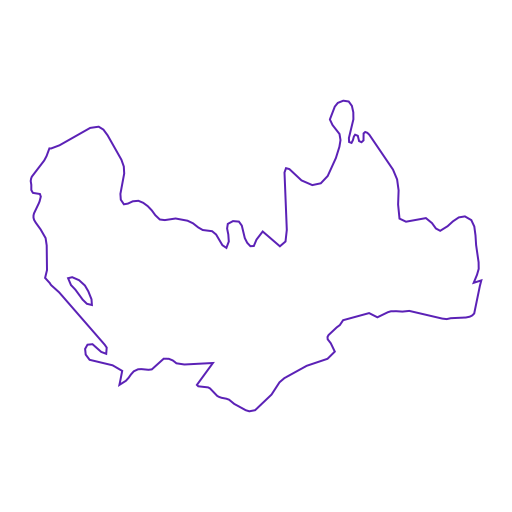 SVG path tracing the border of Namangan
{"feature_id": "UZB-365", "entity_name": "Namangan", "entity_type": "Region", "adm_level": 1, "iso_a3": "UZB", "parent_name": "Uzbekistan", "parent_adm1": "", "projection": "albers", "projection_center": [71.207, 41.083], "detail": "fine", "context": "isolated", "style": "outline", "palette": "violet", "viewbox_px": 512, "rotation_deg": 0, "n_neighbors": 0, "source": "natural_earth", "source_scale": "10m", "svg_char_len": 2669}
<svg xmlns="http://www.w3.org/2000/svg" viewBox="0 0 512 512"><path d="M49.4,148.4L51.0,148.5L59.5,145.3L90.2,127.9L98.7,126.7L103.4,129.6L107.6,135.3L121.4,159.7L123.8,166.5L124.2,173.5L120.4,193.9L120.8,199.7L123.9,204.3L127.9,203.6L132.8,201.3L138.4,200.8L143.2,202.8L147.7,206.1L151.8,210.4L155.3,215.2L159.8,219.5L164.8,220.1L175.6,218.5L187.5,220.7L193.0,223.3L198.2,227.4L202.7,230.0L212.1,231.2L216.1,234.5L222.4,245.2L226.4,247.9L228.8,241.5L228.3,234.5L227.1,228.5L227.8,223.9L233.0,221.1L238.9,221.6L241.8,225.6L244.8,238.1L247.2,242.8L250.4,246.2L253.8,246.0L256.5,239.6L262.7,231.5L279.9,246.3L285.5,241.5L286.8,229.9L284.5,172.5L286.0,168.2L289.4,169.1L301.5,180.4L312.3,185.1L320.8,183.3L327.7,176.0L335.9,158.0L339.4,146.8L340.5,140.1L339.5,134.0L332.5,125.0L329.9,119.5L329.9,119.4L334.8,106.6L337.8,102.9L343.3,100.7L348.7,101.5L351.9,105.9L353.3,112.3L353.4,119.3L348.9,138.0L349.1,142.0L351.5,142.9L352.9,140.2L353.9,136.5L355.1,134.7L357.8,135.8L359.1,141.1L361.5,142.2L363.5,140.4L363.6,133.4L365.2,132.0L367.3,132.8L369.3,134.7L393.0,169.6L397.1,179.4L398.6,190.4L398.1,204.5L399.5,218.6L406.0,221.7L425.9,218.1L432.0,223.1L435.9,228.5L440.2,230.8L447.6,226.2L453.0,221.3L458.8,217.4L464.9,216.4L471.3,220.1L474.3,226.5L475.5,235.5L476.1,245.0L478.6,262.3L478.7,268.9L477.0,274.8L473.7,282.8L481.3,280.4L479.9,285.8L474.2,313.5L472.3,315.4L471.2,316.0L469.7,316.7L465.9,317.5L450.8,318.2L446.7,319.1L442.3,318.6L409.3,310.9L402.4,311.6L396.3,311.2L390.8,311.3L387.9,312.2L377.4,317.3L369.1,313.1L343.1,320.2L339.8,325.1L336.7,327.4L328.5,335.1L327.5,337.0L327.7,339.3L330.8,343.3L334.8,351.6L327.5,358.8L306.7,365.8L284.4,378.1L279.5,382.3L271.5,394.6L255.1,410.2L249.3,411.3L245.7,410.2L234.2,403.9L229.1,399.7L226.3,398.7L221.6,397.8L219.0,396.9L217.2,395.9L210.0,388.4L208.1,387.4L198.3,386.3L196.9,384.9L212.9,363.0L184.4,364.5L176.4,363.3L174.7,361.9L172.7,360.4L168.8,358.8L163.7,358.7L151.8,369.4L148.5,369.8L141.4,369.1L138.0,369.3L133.8,371.3L131.0,374.4L128.6,377.8L125.9,380.8L119.4,384.9L120.0,382.1L122.2,370.9L112.6,365.3L89.6,359.8L85.7,354.6L85.1,348.9L87.5,344.7L92.5,344.2L101.2,351.9L106.2,353.8L106.7,347.6L104.7,344.7L59.1,292.3L51.3,285.3L50.5,284.3L49.9,283.2L45.1,277.9L47.0,270.1L46.7,245.5L45.6,238.1L40.6,229.4L35.7,222.6L34.1,219.9L33.5,217.7L33.5,215.5L34.0,213.4L38.8,203.3L39.6,201.3L40.8,196.6L39.9,194.0L33.0,192.9L32.2,191.7L31.3,190.0L31.3,184.8L30.7,181.0L31.1,178.6L31.8,176.7L44.2,160.5L46.5,156.2L49.4,148.4ZM91.9,305.0L91.5,299.3L88.3,291.3L84.9,285.5L79.1,280.2L72.2,277.2L68.1,278.2L71.0,285.1L71.3,285.4L75.4,289.7L82.7,299.7L86.9,303.8L91.9,305.0Z" fill="none" stroke="#5b21b6" stroke-width="2"/></svg>